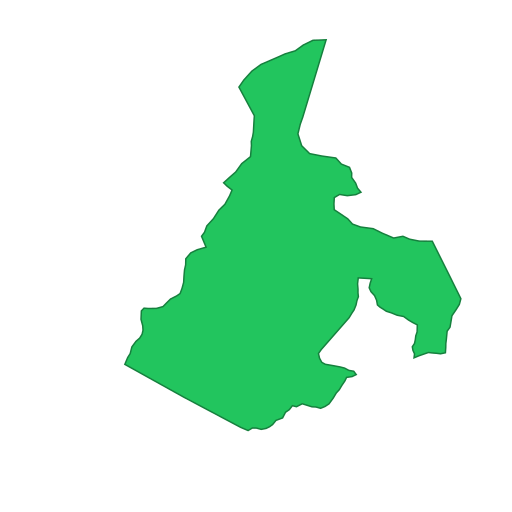 Leopoldo de Bulhões, Goiás, Brazil (Mercator projection), rotated 244°
{"feature_id": "56859067B21854607172740", "entity_name": "Leopoldo de Bulhões", "entity_type": "district", "adm_level": 2, "iso_a3": "BRA", "parent_name": "Brazil", "parent_adm1": "Goiás", "projection": "mercator", "projection_center": [-48.906, -16.556], "detail": "fine", "context": "isolated", "style": "filled", "palette": "green", "viewbox_px": 512, "rotation_deg": 244, "n_neighbors": 0, "source": "geoboundaries", "source_scale": "gbopen_adm2", "svg_char_len": 2398}
<svg xmlns="http://www.w3.org/2000/svg" viewBox="0 0 512 512"><g transform="rotate(244 256 256)"><path d="M102.6,172.4L103.0,177.3L101.2,180.9L97.9,184.7L96.6,189.5L96.6,193.4L97.3,197.2L99.5,201.9L98.8,208.9L102.6,214.0L103.3,218.6L105.5,223.1L102.8,226.3L102.9,232.8L99.3,236.6L95.9,240.2L94.0,243.7L90.8,247.3L90.5,252.0L91.1,256.8L94.5,263.2L97.7,268.1L99.3,272.2L102.1,276.5L104.8,281.2L107.2,284.2L105.5,289.5L105.5,294.1L109.6,293.3L112.5,289.3L116.4,286.5L119.3,283.1L123.1,278.0L126.3,273.6L128.3,270.8L131.6,268.5L136.3,268.3L141.0,269.4L143.4,273.8L145.4,278.6L159.7,312.6L162.6,317.1L164.5,320.4L168.1,324.4L171.7,327.2L174.6,330.2L178.2,331.5L181.4,333.1L186.5,335.1L191.5,338.3L184.9,350.0L181.5,346.7L177.8,343.8L173.5,343.7L168.4,345.2L163.4,345.0L158.8,343.7L155.7,345.0L152.5,347.0L149.2,348.9L145.6,352.7L140.9,356.9L136.9,362.2L131.6,365.0L127.5,367.7L123.4,370.8L117.1,367.5L114.2,364.6L110.8,362.4L107.9,360.1L105.9,356.7L102.4,355.7L98.6,355.6L95.2,353.4L94.9,358.6L94.2,364.5L93.7,368.6L91.3,372.4L89.5,375.5L87.2,379.0L86.0,383.8L90.5,386.4L94.2,388.3L97.9,390.7L104.6,394.8L107.0,399.2L113.0,403.5L116.4,405.9L120.0,412.2L123.3,417.5L127.8,421.4L132.3,421.4L147.0,421.3L150.7,421.3L192.0,420.9L197.8,409.3L203.8,401.4L209.3,396.7L211.8,387.6L221.0,379.6L229.2,373.3L236.3,362.6L242.4,356.7L249.1,354.8L263.3,346.6L268.7,348.9L274.2,352.0L274.7,358.1L270.2,364.5L267.4,372.6L267.3,378.3L272.5,377.0L277.8,377.5L284.7,376.4L288.6,378.4L294.7,378.9L301.2,373.0L309.1,370.7L317.0,359.0L324.5,349.1L335.1,345.4L347.4,347.2L355.0,353.5L360.2,358.8L419.6,413.8L422.5,407.1L424.9,401.8L424.9,391.0L423.2,381.3L424.9,370.9L425.1,364.1L425.4,357.3L426.0,344.6L424.0,333.4L419.5,322.2L415.3,314.7L382.8,316.0L379.5,314.1L368.4,307.9L364.8,305.3L361.1,302.0L357.2,300.3L347.7,294.6L345.3,283.7L340.4,274.6L338.2,266.5L336.0,259.0L331.5,260.6L325.8,263.4L321.7,258.7L316.1,250.7L313.5,242.8L308.2,234.1L304.6,225.0L299.9,220.1L297.6,215.7L285.8,215.0L287.4,205.9L287.4,198.7L284.3,191.7L278.9,188.9L274.9,185.7L269.9,182.7L264.0,179.4L259.3,175.3L255.5,171.3L254.9,167.1L254.8,160.3L253.0,155.0L251.3,150.3L252.5,143.7L254.7,139.0L256.2,135.9L258.2,132.5L256.9,128.9L249.5,124.9L242.9,123.6L238.8,121.9L235.6,119.3L233.2,115.5L231.9,110.7L228.7,104.6L223.4,100.1L221.0,96.2L216.1,90.6L160.8,129.2L108.7,167.1L102.6,172.4Z" fill="#22c55e" stroke="#15803d" stroke-width="1.5"/></g></svg>